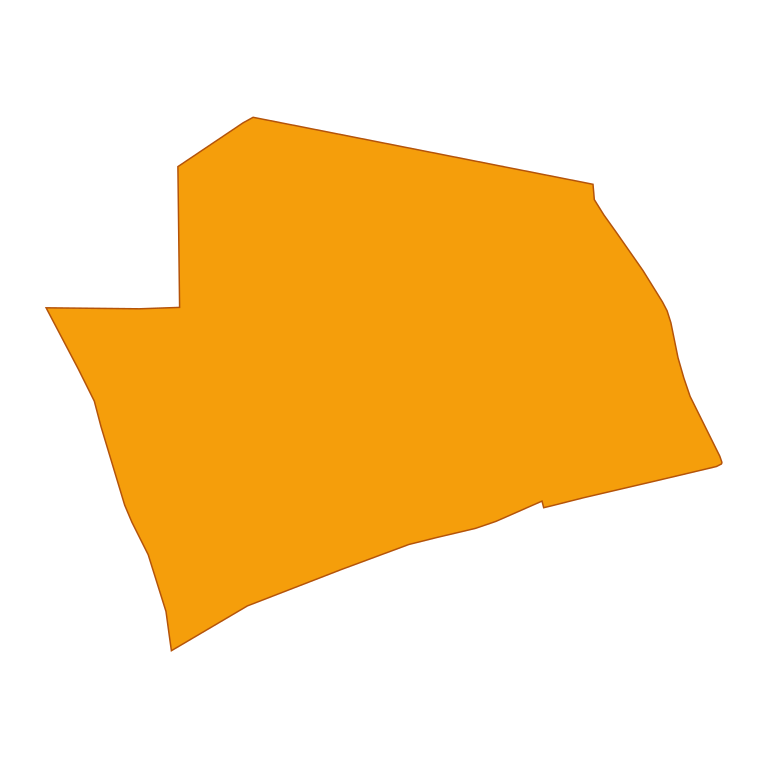 Lipova, Arad, Romania
{"feature_id": "2599482B8806038231558", "entity_name": "Lipova", "entity_type": "district", "adm_level": 2, "iso_a3": "ROU", "parent_name": "Romania", "parent_adm1": "Arad", "projection": "natural_earth1", "projection_center": [21.522, 46.238], "detail": "fine", "context": "isolated", "style": "filled", "palette": "amber", "viewbox_px": 768, "rotation_deg": 0, "n_neighbors": 0, "source": "geoboundaries", "source_scale": "gbopen_adm2", "svg_char_len": 669}
<svg xmlns="http://www.w3.org/2000/svg" viewBox="0 0 768 768"><path d="M253.1,117.3L243.1,122.8L177.9,166.6L179.6,307.4L139.3,308.8L46.1,307.8L78.3,369.0L94.3,401.1L101.0,426.6L124.7,505.2L131.9,522.2L148.2,554.7L166.0,611.5L169.7,638.6L171.4,650.7L247.4,605.9L341.1,569.6L408.8,544.5L436.4,537.6L475.7,528.3L495.9,521.4L542.0,501.1L543.7,507.7L551.3,505.9L583.7,497.7L662.5,479.3L716.5,466.5L721.4,464.0L721.7,463.4L721.9,462.3L719.8,456.2L690.1,396.4L683.9,378.2L678.0,357.7L670.9,322.8L667.1,310.8L662.5,302.0L643.0,270.6L616.4,232.5L603.9,215.0L594.3,199.6L593.8,193.4L593.4,188.9L593.0,184.3L253.1,117.3Z" fill="#f59e0b" stroke="#b45309" stroke-width="1.5"/></svg>